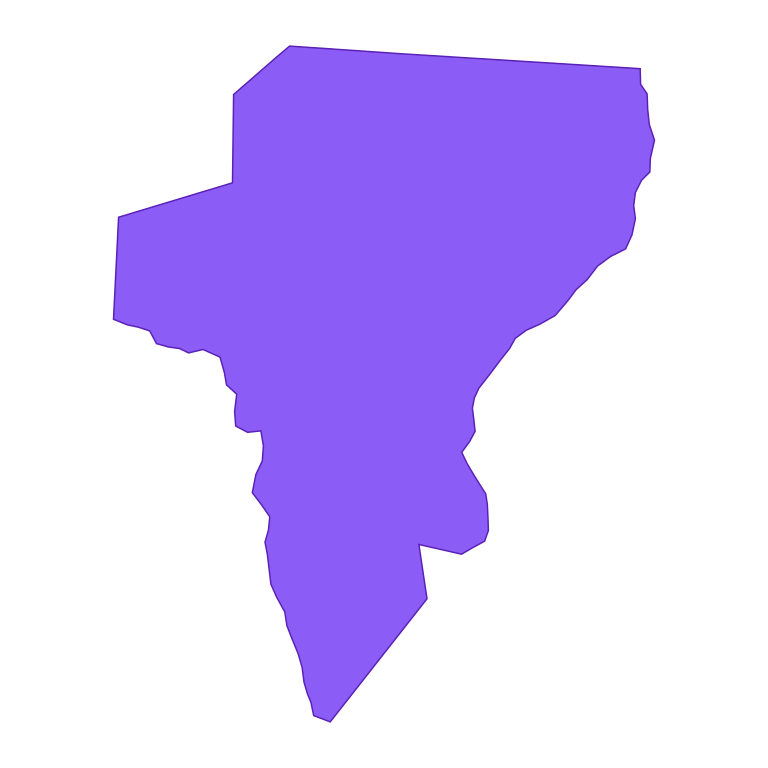 São Bentinho, Paraíba, Brazil (Albers equal-area conic projection)
{"feature_id": "56859067B58032123242731", "entity_name": "São Bentinho", "entity_type": "district", "adm_level": 2, "iso_a3": "BRA", "parent_name": "Brazil", "parent_adm1": "Paraíba", "projection": "albers", "projection_center": [-37.703, -6.898], "detail": "fine", "context": "isolated", "style": "filled", "palette": "violet", "viewbox_px": 768, "rotation_deg": 0, "n_neighbors": 0, "source": "geoboundaries", "source_scale": "gbopen_adm2", "svg_char_len": 1205}
<svg xmlns="http://www.w3.org/2000/svg" viewBox="0 0 768 768"><path d="M427.0,598.8L418.9,544.5L461.5,554.2L471.9,548.1L484.6,541.2L488.4,530.5L488.0,518.5L487.3,504.0L485.7,493.8L475.1,477.0L467.1,463.6L461.7,452.3L469.6,441.6L475.1,431.3L473.8,419.5L472.4,408.2L474.4,397.9L478.8,388.3L490.1,373.8L501.1,359.2L509.6,348.5L515.2,338.4L526.3,330.2L539.6,324.3L555.2,315.5L567.5,301.1L576.0,289.8L587.3,279.5L597.5,266.1L610.6,256.4L625.6,248.9L632.0,234.8L635.4,218.7L633.7,205.5L635.4,192.5L641.6,180.1L649.8,172.1L650.4,158.1L654.5,140.2L649.3,124.5L647.7,109.6L647.1,93.9L640.6,84.3L640.2,68.7L398.7,53.6L289.6,46.1L276.2,57.4L233.6,94.5L232.5,182.8L118.6,217.2L113.5,319.3L127.2,324.8L138.0,327.1L149.7,330.9L156.5,343.6L168.4,347.0L179.4,348.5L188.6,352.9L203.0,349.5L220.0,357.1L224.4,372.6L226.5,384.9L236.7,394.2L234.6,411.6L235.7,426.0L247.5,432.3L260.9,430.9L263.4,446.0L262.3,460.9L255.9,474.5L252.3,492.7L261.3,504.5L269.8,516.8L268.4,530.3L265.0,542.2L267.3,554.0L268.8,566.5L270.9,584.2L276.7,597.2L284.8,612.0L286.9,625.7L291.7,638.0L298.1,653.6L302.1,667.2L304.0,682.1L307.3,693.4L311.0,702.6L313.7,715.6L330.2,721.9L427.0,598.8Z" fill="#8b5cf6" stroke="#5b21b6" stroke-width="1.5"/></svg>